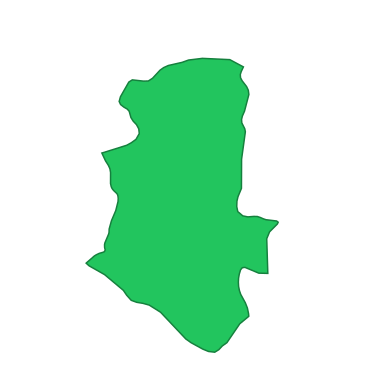 map outline of Souk Ahras (Natural Earth projection), rotated 117°
{"feature_id": "DZA-2222", "entity_name": "Souk Ahras", "entity_type": "Province", "adm_level": 1, "iso_a3": "DZA", "parent_name": "Algeria", "parent_adm1": "", "projection": "natural_earth1", "projection_center": [7.905, 36.161], "detail": "fine", "context": "isolated", "style": "filled", "palette": "green", "viewbox_px": 384, "rotation_deg": 117, "n_neighbors": 0, "source": "natural_earth", "source_scale": "10m", "svg_char_len": 1667}
<svg xmlns="http://www.w3.org/2000/svg" viewBox="0 0 384 384"><g transform="rotate(117 192 192)"><path d="M326.0,129.0L325.8,130.7L313.4,165.4L312.2,178.8L313.5,185.2L315.4,191.2L316.1,197.0L313.7,203.2L310.8,208.5L305.3,232.4L304.5,250.2L303.5,254.0L303.3,254.0L293.4,250.0L291.4,248.8L288.8,246.8L285.5,243.3L284.0,242.9L282.8,243.2L281.8,244.1L281.1,244.7L278.7,246.0L276.9,246.5L267.3,247.2L265.6,247.6L262.6,249.0L254.3,250.7L243.1,251.5L234.0,253.6L231.1,254.9L229.3,256.1L228.0,257.3L227.3,258.9L226.3,262.3L225.7,263.8L224.9,265.2L223.9,266.4L221.5,268.4L211.6,273.4L208.8,275.5L207.8,276.6L206.1,278.8L203.5,283.2L198.2,290.0L180.0,271.4L175.6,268.4L170.5,265.8L163.9,265.5L159.9,268.1L157.2,272.0L155.6,276.5L153.4,280.2L148.6,284.6L147.5,287.4L147.3,291.2L146.5,295.3L144.4,298.0L139.6,299.0L122.7,298.2L119.2,296.1L115.2,285.5L112.9,281.3L108.6,278.8L98.0,275.8L94.0,273.7L90.0,270.5L81.0,259.7L76.0,255.0L68.2,243.4L56.9,218.4L57.2,203.0L62.4,202.8L65.4,202.3L68.2,200.6L70.1,197.9L73.3,191.2L75.8,188.0L79.3,185.6L96.2,181.9L101.3,181.6L104.8,180.8L107.8,179.0L111.7,173.7L114.1,171.8L140.3,162.7L166.3,149.6L175.3,148.9L179.8,147.8L184.7,145.5L188.7,142.3L190.2,135.9L188.8,130.9L185.9,126.2L184.2,122.8L183.7,119.6L183.5,116.2L183.1,113.5L179.4,103.4L179.8,101.5L181.7,101.4L192.3,104.8L199.7,104.2L230.1,87.5L234.0,95.7L235.1,110.6L236.6,112.8L239.3,113.4L243.7,112.6L247.6,111.4L251.2,109.8L255.0,107.6L258.4,104.9L261.1,102.1L266.5,94.2L270.2,90.0L274.7,86.4L276.9,85.0L277.0,85.0L287.7,89.6L310.4,92.5L315.4,95.1L320.3,96.5L324.4,99.0L326.6,104.9L327.1,111.1L326.7,124.5L326.0,129.0Z" fill="#22c55e" stroke="#15803d" stroke-width="1.5"/></g></svg>